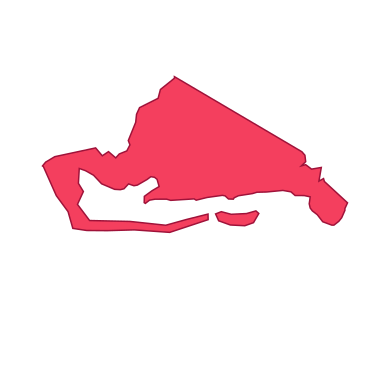 outline of Franklin, United States of America, rotated 30°
{"feature_id": "52423323B15178674781049", "entity_name": "Franklin", "entity_type": "district", "adm_level": 2, "iso_a3": "USA", "parent_name": "United States of America", "parent_adm1": "", "projection": "equal_earth", "projection_center": [-84.778, 29.8], "detail": "fine", "context": "isolated", "style": "filled", "palette": "rose", "viewbox_px": 384, "rotation_deg": 30, "n_neighbors": 0, "source": "geoboundaries", "source_scale": "gbopen_adm2", "svg_char_len": 1464}
<svg xmlns="http://www.w3.org/2000/svg" viewBox="0 0 384 384"><g transform="rotate(30 192 192)"><path d="M113.4,119.0L115.8,127.8L104.4,145.1L105.1,152.4L108.4,159.8L111.1,179.3L114.7,182.2L115.0,189.0L110.0,195.4L108.9,200.6L99.5,198.8L96.2,205.5L86.5,202.0L55.5,230.0L50.3,239.3L49.5,244.2L50.6,244.3L76.3,263.0L94.5,271.0L107.0,283.1L120.0,278.0L138.0,267.8L160.9,253.7L192.9,238.1L219.8,207.9L216.9,203.1L200.9,218.6L185.9,233.9L153.0,248.5L117.6,267.9L99.0,260.0L97.7,245.9L89.3,241.3L82.6,228.0L89.0,226.8L98.4,226.7L109.6,230.1L123.6,228.4L128.8,225.8L131.5,223.2L133.0,216.7L138.6,215.6L141.2,213.4L146.8,203.7L148.7,199.3L152.2,198.0L155.4,198.5L160.8,203.7L156.7,211.0L152.9,219.6L155.9,225.1L157.3,225.2L159.3,220.3L163.6,216.7L173.6,210.9L177.7,209.9L197.3,196.9L199.7,197.0L207.8,189.2L220.0,179.7L222.6,178.8L227.1,179.8L231.4,177.5L231.4,175.9L234.1,172.0L245.2,163.1L248.4,159.7L256.6,154.7L269.9,145.2L277.6,142.4L283.1,143.5L290.9,139.0L296.8,137.1L299.4,143.6L302.4,146.8L305.7,148.2L311.8,149.0L320.1,152.4L329.6,150.8L331.5,149.7L333.8,144.0L334.5,139.4L333.6,131.4L332.7,129.9L332.1,123.6L301.4,116.7L299.2,114.6L296.5,119.1L291.7,106.1L284.1,112.4L276.8,111.5L273.7,114.6L275.3,108.9L271.4,103.7L267.1,102.2L119.1,100.9L119.9,102.2L113.4,119.0ZM227.2,194.4L223.4,199.2L229.5,203.6L241.7,201.4L254.6,194.8L260.6,187.8L260.6,177.2L256.8,176.4L250.0,183.4L237.1,191.7L227.2,194.4Z" fill="#f43f5e" stroke="#9f1239" stroke-width="1.5"/></g></svg>